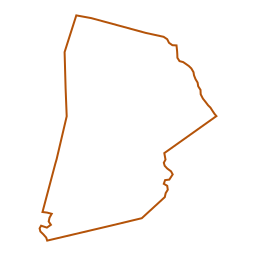 outline of Salgado, Sergipe, Brazil
{"feature_id": "56859067B23037122436580", "entity_name": "Salgado", "entity_type": "district", "adm_level": 2, "iso_a3": "BRA", "parent_name": "Brazil", "parent_adm1": "Sergipe", "projection": "orthographic", "projection_center": [-37.463, -11.064], "detail": "fine", "context": "isolated", "style": "outline", "palette": "amber", "viewbox_px": 256, "rotation_deg": 0, "n_neighbors": 0, "source": "geoboundaries", "source_scale": "gbopen_adm2", "svg_char_len": 893}
<svg xmlns="http://www.w3.org/2000/svg" viewBox="0 0 256 256"><path d="M47.2,240.6L97.0,228.9L111.0,225.6L141.8,218.2L164.8,197.1L165.7,193.1L167.8,189.7L167.2,185.8L163.8,183.8L165.1,180.1L169.3,179.6L172.7,174.4L171.0,171.3L167.2,168.5L164.7,165.8L163.8,162.8L165.5,159.6L164.3,153.1L180.1,141.9L216.4,116.1L214.4,113.7L212.2,110.4L210.5,107.7L208.1,105.3L205.6,102.0L202.9,98.6L200.7,94.3L200.5,89.9L198.2,86.3L197.6,82.6L195.5,79.1L194.0,75.3L193.5,72.2L191.3,68.4L188.8,66.0L186.1,64.1L183.2,62.1L179.5,61.1L177.4,57.8L177.3,54.4L177.1,51.1L176.5,45.4L172.4,45.2L169.0,42.8L167.2,39.2L163.6,36.8L145.7,32.9L91.2,18.1L76.3,15.4L67.1,44.2L64.6,52.1L65.6,88.3L66.7,116.3L56.6,159.3L55.4,163.4L42.5,212.0L47.1,212.6L51.7,213.8L49.5,217.7L48.7,221.5L50.9,224.8L46.9,227.6L41.1,225.7L39.6,228.4L40.4,231.5L43.4,234.4L46.2,237.6L47.2,240.6Z" fill="none" stroke="#b45309" stroke-width="2"/></svg>